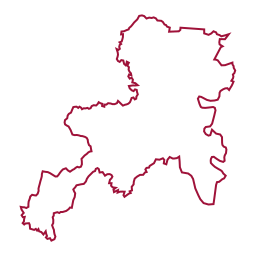 Fortaleza dos Valos, Rio Grande do Sul, Brazil (Mercator projection)
{"feature_id": "56859067B10871106243239", "entity_name": "Fortaleza dos Valos", "entity_type": "district", "adm_level": 2, "iso_a3": "BRA", "parent_name": "Brazil", "parent_adm1": "Rio Grande do Sul", "projection": "mercator", "projection_center": [-53.309, -28.909], "detail": "fine", "context": "isolated", "style": "outline", "palette": "rose", "viewbox_px": 256, "rotation_deg": 0, "n_neighbors": 0, "source": "geoboundaries", "source_scale": "gbopen_adm2", "svg_char_len": 4996}
<svg xmlns="http://www.w3.org/2000/svg" viewBox="0 0 256 256"><path d="M20.8,206.9L21.5,209.5L23.7,212.9L21.6,215.2L22.9,217.2L24.7,216.9L24.1,219.2L23.9,221.5L22.7,223.1L24.2,224.5L25.4,223.5L29.0,223.2L29.7,224.7L30.1,228.7L34.2,229.9L35.8,228.9L37.1,230.6L38.4,229.1L39.1,231.3L41.4,232.1L43.4,234.5L44.7,232.7L45.7,231.3L46.2,233.9L47.0,236.0L45.9,237.4L47.4,238.9L50.0,238.2L51.4,240.6L54.4,239.2L55.4,236.6L54.5,234.1L54.1,232.0L53.9,229.9L52.9,227.5L52.1,225.2L53.2,223.2L53.3,219.9L52.7,217.2L53.7,215.7L53.8,213.2L57.3,212.2L59.3,213.0L60.6,212.0L62.6,212.0L66.3,210.9L68.7,209.1L70.0,207.5L71.8,207.8L73.3,200.1L74.7,197.1L75.2,193.3L74.1,191.4L73.3,189.4L75.3,187.2L76.5,185.3L81.0,184.3L83.8,183.9L85.9,181.5L86.9,178.8L88.5,176.4L93.1,171.8L95.1,171.0L95.8,168.9L97.5,168.1L98.8,169.1L99.6,172.5L102.6,172.1L105.0,175.7L107.3,174.2L109.7,174.1L111.5,175.0L112.4,176.6L111.4,178.4L110.0,179.7L109.1,183.2L111.5,183.2L111.1,185.7L112.6,187.3L115.7,187.8L113.5,189.5L114.0,192.1L118.0,190.1L117.6,192.6L119.9,191.7L122.2,191.6L124.6,191.7L123.5,195.2L124.5,196.8L128.9,193.6L130.7,193.0L129.7,191.3L132.0,190.4L131.7,186.8L133.6,184.4L133.8,181.7L134.7,178.6L137.1,176.6L140.0,174.9L143.2,174.8L144.9,172.5L146.6,172.0L145.4,169.4L146.5,167.9L149.0,167.6L149.7,165.9L154.0,163.2L155.9,159.3L159.5,159.7L162.9,158.3L164.3,159.9L163.8,163.4L166.3,164.3L167.5,159.7L169.7,157.0L172.7,158.5L174.3,158.5L176.9,158.1L179.2,156.6L179.6,161.2L179.9,167.3L181.9,172.4L188.2,173.5L191.3,175.8L193.1,179.0L195.3,188.4L198.4,195.4L200.3,199.2L203.6,203.1L208.5,204.5L213.5,204.1L214.2,199.2L216.1,184.9L217.0,182.1L219.2,181.8L222.3,179.2L224.1,178.4L225.7,175.7L223.3,173.5L222.0,171.3L220.6,170.2L218.4,169.0L214.8,166.8L212.6,164.8L210.9,163.0L210.7,160.8L210.9,159.0L211.9,157.0L213.8,156.8L216.9,159.0L219.9,160.9L223.2,161.9L224.6,160.8L224.3,157.3L224.7,155.5L226.0,153.1L226.4,149.5L225.8,147.5L223.7,146.6L222.4,144.9L222.1,142.8L222.0,137.1L220.2,134.5L216.1,133.6L212.0,129.7L210.3,135.1L208.5,135.6L205.8,134.1L204.1,131.4L204.4,128.6L205.8,127.0L210.1,126.4L212.1,123.7L213.1,120.0L214.2,115.8L215.5,110.3L214.8,107.8L213.1,107.0L209.9,107.4L205.3,107.9L202.2,107.7L200.8,106.9L199.5,103.9L198.6,101.0L197.9,98.7L199.2,96.5L201.2,96.9L203.5,98.1L206.9,99.9L210.5,100.8L214.5,100.5L217.7,99.7L219.4,96.4L219.6,92.7L220.5,91.0L223.1,89.3L225.2,88.4L227.4,88.2L229.1,90.0L230.5,87.6L231.6,85.9L232.7,83.6L233.5,81.6L231.4,80.8L233.0,78.3L233.4,76.5L232.9,74.5L234.3,73.2L235.2,70.5L233.7,67.8L233.6,66.1L232.5,64.5L232.4,62.6L225.0,65.2L221.5,65.3L217.8,60.4L216.2,59.7L214.3,59.5L216.0,56.3L220.8,47.2L222.6,46.3L219.6,44.4L219.3,42.2L219.8,39.1L225.0,39.2L228.8,34.2L225.3,35.3L221.3,36.3L219.6,35.1L216.9,34.2L216.1,32.4L213.5,31.3L211.2,33.5L208.6,34.8L204.2,33.4L204.2,29.4L180.5,27.7L180.3,29.9L178.8,31.3L176.3,31.4L169.1,31.7L169.8,27.6L167.0,26.6L166.1,25.1L164.5,24.5L162.8,21.9L161.2,20.8L157.4,20.5L155.9,18.4L153.7,17.4L151.6,18.0L149.2,17.6L146.5,18.5L144.2,16.1L142.0,15.4L139.2,15.9L137.3,19.4L134.1,22.5L132.5,24.6L130.9,26.5L129.3,27.8L128.6,29.4L126.6,30.1L123.9,31.3L121.5,31.5L121.1,34.4L123.0,34.2L122.9,37.1L122.4,39.2L121.7,41.5L119.6,42.3L121.1,44.0L119.7,44.9L119.2,46.9L119.8,48.8L118.4,49.9L116.6,49.0L117.7,52.4L118.0,54.7L117.5,57.0L116.8,59.0L118.0,61.0L119.7,61.9L121.3,60.1L123.3,60.5L124.1,63.9L125.7,65.3L126.5,63.5L126.8,61.7L128.8,62.7L127.3,65.5L128.9,67.2L128.6,69.7L129.5,71.7L130.9,73.3L131.3,75.2L129.1,74.5L128.3,76.4L129.7,78.6L131.6,77.7L132.9,79.7L132.3,82.4L135.4,83.2L137.7,85.2L135.1,85.5L133.0,85.4L131.0,85.7L128.9,86.0L129.7,88.3L131.7,90.3L133.6,91.1L135.0,89.4L136.7,89.9L137.0,91.9L137.8,94.4L136.4,96.6L136.2,98.7L134.8,99.4L133.4,97.5L131.6,98.0L130.7,100.5L129.9,102.3L128.3,103.7L126.6,104.4L124.8,104.8L122.9,105.6L121.2,104.0L119.6,102.4L118.0,100.9L116.9,103.2L114.7,104.1L112.4,104.1L110.7,103.5L108.1,103.2L106.4,104.6L104.5,104.6L104.3,106.7L102.1,106.0L102.3,103.8L100.3,103.2L98.7,102.2L97.6,104.1L96.1,105.5L93.7,105.2L91.7,106.1L90.6,108.2L88.9,108.8L87.5,107.9L85.4,108.4L83.7,108.3L82.0,109.2L81.1,107.7L79.5,106.7L78.2,107.9L76.6,106.7L74.8,106.8L73.3,107.1L72.3,109.4L71.0,112.6L68.8,113.9L67.7,115.5L67.2,118.3L65.0,120.1L64.6,122.5L65.1,124.4L66.7,125.5L68.6,126.5L70.6,130.0L72.4,134.5L74.3,135.1L77.0,135.0L79.0,135.4L80.7,136.0L82.4,136.1L85.0,136.9L86.7,137.9L87.7,139.7L88.0,142.2L89.0,145.1L90.6,146.3L91.0,148.9L91.5,151.3L89.7,151.6L88.3,152.4L86.8,153.9L84.6,155.5L81.5,158.9L81.8,161.1L81.9,164.3L80.9,166.7L79.1,167.4L77.3,166.8L75.5,167.9L74.3,169.0L72.7,169.8L70.0,171.7L67.9,170.4L65.9,168.3L62.9,169.4L61.1,171.3L59.8,173.0L58.6,174.8L57.2,176.4L55.4,176.5L53.0,175.0L50.1,173.2L47.8,172.1L45.2,171.8L42.7,171.3L41.9,174.0L41.8,176.2L41.4,177.9L40.4,181.2L39.6,184.4L39.0,186.5L38.5,188.6L38.6,190.9L37.7,193.7L36.0,195.5L34.4,195.3L32.1,194.8L30.3,196.5L29.7,198.8L28.7,201.4L28.4,203.9L28.4,206.8L26.3,208.0L24.4,207.3L22.3,207.2L20.8,206.9Z" fill="none" stroke="#9f1239" stroke-width="2"/></svg>